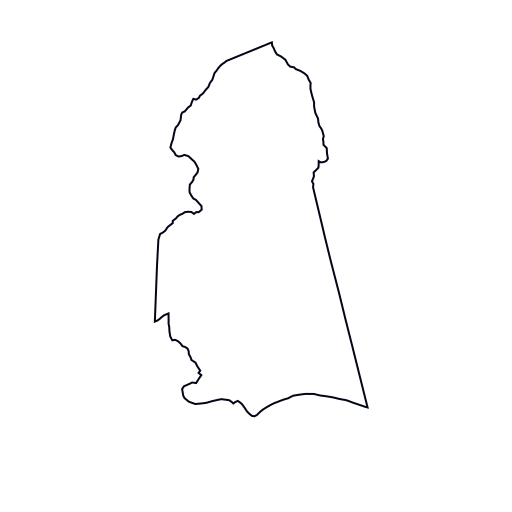 Paulino Neves, Maranhão, Brazil (Robinson projection), rotated 152°
{"feature_id": "56859067B76832031221726", "entity_name": "Paulino Neves", "entity_type": "district", "adm_level": 2, "iso_a3": "BRA", "parent_name": "Brazil", "parent_adm1": "Maranhão", "projection": "robinson", "projection_center": [-42.596, -2.843], "detail": "fine", "context": "isolated", "style": "outline", "palette": "ink", "viewbox_px": 512, "rotation_deg": 152, "n_neighbors": 0, "source": "geoboundaries", "source_scale": "gbopen_adm2", "svg_char_len": 2878}
<svg xmlns="http://www.w3.org/2000/svg" viewBox="0 0 512 512"><g transform="rotate(152 256 256)"><path d="M141.7,437.2L190.6,442.1L192.8,441.6L195.3,441.4L198.3,440.7L201.3,439.5L203.9,438.1L206.6,437.1L211.8,432.1L215.3,430.5L218.9,427.5L222.0,426.5L226.6,424.4L230.3,423.8L232.3,422.4L235.5,422.2L237.5,424.2L240.2,422.2L243.0,419.5L246.3,419.0L251.0,417.1L253.8,417.3L255.7,415.9L258.9,411.3L263.4,408.2L266.6,407.1L268.7,405.1L271.3,402.1L274.3,398.3L277.6,395.3L280.7,391.9L280.2,388.7L279.5,386.0L279.5,382.8L277.7,380.2L274.9,379.2L271.8,378.9L268.8,375.9L267.4,371.8L266.1,368.3L265.9,365.1L266.0,360.1L268.3,357.3L271.0,356.0L274.0,354.8L275.4,352.8L277.6,351.4L280.9,350.1L283.5,346.0L284.8,343.2L284.7,339.3L284.4,336.3L282.7,333.7L281.7,329.6L280.7,325.7L282.2,322.4L286.1,321.6L288.0,322.8L291.0,322.3L292.4,325.2L295.3,327.0L298.2,328.1L301.6,327.8L303.7,328.1L306.6,327.8L308.6,326.9L313.0,326.1L314.1,324.1L317.3,323.6L320.4,323.0L324.4,320.9L327.5,320.4L330.3,320.5L334.5,316.3L348.2,293.5L376.1,245.6L373.3,245.3L370.4,245.7L368.1,246.3L364.9,246.8L360.2,246.4L363.0,240.9L364.9,237.4L366.1,233.7L367.8,230.1L369.5,225.1L369.5,220.9L366.7,219.9L364.9,217.4L363.8,214.5L363.2,210.8L361.4,209.1L359.9,206.4L360.2,203.4L361.4,200.8L361.3,197.2L361.8,194.5L359.5,190.3L359.6,186.1L359.1,181.0L361.6,179.7L360.2,176.5L362.7,175.2L366.0,173.4L368.5,171.9L371.8,174.3L374.2,174.3L380.8,174.8L383.7,173.2L385.8,166.9L385.8,164.0L383.8,159.1L382.0,157.0L379.1,153.8L372.6,151.1L368.5,149.6L366.0,149.1L362.3,148.3L359.4,147.5L356.5,146.7L353.9,145.9L351.3,144.1L347.5,141.4L346.0,138.6L345.2,136.4L343.1,136.8L340.1,136.6L338.8,134.1L337.9,131.7L337.3,127.2L336.9,123.0L336.0,119.9L334.6,116.7L332.5,115.2L329.8,115.2L327.5,115.9L325.0,116.6L321.6,117.2L317.7,117.5L314.4,117.6L311.4,117.6L308.5,117.5L306.2,117.1L303.1,116.8L300.1,116.4L297.7,116.0L294.5,115.3L291.5,115.3L288.7,115.2L284.0,113.6L280.1,112.2L276.6,110.8L273.0,108.8L269.6,107.0L267.3,104.9L264.7,102.6L261.5,100.4L257.6,97.5L255.0,95.5L252.3,93.2L250.5,91.5L247.3,88.9L244.2,86.5L241.6,83.7L239.3,81.0L236.6,78.2L233.8,75.2L230.4,71.6L228.6,69.9L212.5,134.5L206.9,157.4L199.9,184.9L198.6,190.4L192.0,217.8L185.6,243.1L183.9,249.4L173.4,289.8L171.5,292.7L171.5,295.7L169.3,297.5L167.5,299.1L165.8,302.8L162.4,303.7L159.4,304.7L157.8,307.2L156.1,310.3L154.9,308.3L152.3,307.2L149.4,306.9L146.8,308.2L145.2,313.1L142.9,318.1L144.2,322.5L142.9,325.2L142.0,327.8L139.9,330.0L139.2,333.2L138.6,335.7L138.6,338.5L139.0,340.9L138.2,344.6L136.7,348.3L136.6,351.6L136.5,354.1L135.3,358.3L134.4,361.0L132.6,364.3L131.1,371.7L130.3,374.9L129.4,378.1L128.2,380.4L126.5,383.2L126.7,386.8L126.2,391.1L127.6,394.7L130.0,398.7L133.0,402.2L133.9,404.8L136.9,407.2L137.9,410.3L137.9,415.4L140.2,420.4L142.9,424.2L143.1,427.8L142.8,431.4L142.9,434.3L141.7,437.2Z" fill="none" stroke="#020617" stroke-width="2"/></g></svg>